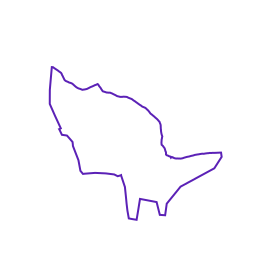 Ravine Chabot, Castries, Saint Lucia (Albers equal-area conic projection), rotated 146°
{"feature_id": "8701671B75024298551322", "entity_name": "Ravine Chabot", "entity_type": "district", "adm_level": 2, "iso_a3": "LCA", "parent_name": "Saint Lucia", "parent_adm1": "Castries", "projection": "albers", "projection_center": [-60.977, 14.0], "detail": "fine", "context": "isolated", "style": "outline", "palette": "violet", "viewbox_px": 256, "rotation_deg": 146, "n_neighbors": 0, "source": "geoboundaries", "source_scale": "gbopen_adm2", "svg_char_len": 3262}
<svg xmlns="http://www.w3.org/2000/svg" viewBox="0 0 256 256"><g transform="rotate(146 128 128)"><path d="M185.7,165.5L185.7,165.3L186.6,159.3L183.6,156.6L182.8,155.8L182.2,151.0L181.8,147.4L182.9,145.3L183.7,143.9L187.1,129.0L191.4,119.1L191.0,115.1L189.4,114.3L180.4,109.2L174.9,105.1L171.7,102.7L165.4,97.2L163.5,93.8L160.7,92.9L160.1,92.8L160.3,92.4L163.3,81.7L163.5,80.9L168.3,71.9L171.4,66.2L174.6,60.0L177.9,52.6L175.4,50.1L172.2,47.1L166.6,53.0L157.7,62.5L145.7,50.6L150.2,38.2L146.0,34.9L138.2,43.6L117.2,50.0L79.0,46.3L66.5,51.7L64.6,55.6L64.9,55.8L65.4,56.1L67.1,57.1L67.9,57.6L69.0,58.3L69.9,58.8L71.9,60.2L73.1,60.8L74.1,61.6L75.5,62.2L76.3,62.7L78.1,63.6L79.7,64.3L80.7,65.1L81.7,65.6L82.8,66.1L84.2,66.7L85.2,67.2L86.3,67.7L87.6,68.3L88.7,68.6L89.7,68.9L90.8,69.4L92.0,69.8L93.3,70.2L94.4,70.7L95.6,71.2L96.6,71.5L98.1,72.0L99.4,72.3L100.2,72.6L101.3,73.1L102.3,73.8L103.3,74.5L104.2,75.2L105.2,75.8L106.3,76.9L107.0,78.0L107.5,78.7L108.2,79.6L109.0,80.8L109.8,81.7L110.3,82.7L111.2,83.9L111.3,84.8L110.4,86.1L110.0,87.0L109.9,87.9L109.5,89.0L109.0,90.6L109.0,91.6L109.1,92.8L109.1,93.7L109.5,95.3L108.9,96.4L108.3,97.4L107.4,98.5L106.6,99.6L105.7,100.4L105.1,101.1L104.3,101.8L103.8,103.6L103.4,104.7L103.0,105.6L102.2,107.3L101.8,107.8L101.3,108.9L100.7,109.9L100.1,110.8L100.0,111.1L99.3,112.1L99.1,112.8L98.9,113.4L98.8,114.1L98.5,115.2L98.4,115.5L98.6,116.6L98.7,117.7L98.8,118.4L98.9,119.0L99.0,119.5L99.3,120.5L99.5,121.3L99.6,121.6L99.9,123.0L100.2,123.9L100.6,125.3L100.7,125.8L100.9,126.3L101.2,127.1L101.3,127.5L101.3,128.5L101.3,128.8L101.4,130.2L101.5,131.3L101.8,132.5L101.9,132.8L102.0,133.6L102.4,135.1L102.6,135.3L103.0,136.0L103.7,137.0L104.3,138.0L104.7,139.4L104.8,139.7L105.1,140.2L105.6,141.5L106.0,142.6L106.5,144.0L106.9,145.0L107.2,145.9L107.3,146.3L107.7,147.1L108.0,147.8L108.2,148.4L108.4,149.1L108.6,149.7L108.9,150.1L109.2,150.7L109.9,151.6L110.9,153.1L111.3,154.0L111.9,154.7L112.8,155.4L113.2,155.7L114.1,156.4L114.8,156.8L115.1,156.9L116.1,157.5L117.0,158.1L117.2,158.3L117.7,158.9L118.9,160.2L119.1,160.4L119.5,161.1L119.7,161.6L120.0,162.2L120.7,163.4L121.0,163.9L121.3,164.4L121.6,165.0L121.8,165.4L122.5,166.4L122.9,167.0L123.1,167.3L123.5,167.6L124.3,168.1L125.0,168.7L125.9,169.4L126.9,170.7L127.5,171.5L127.8,171.8L128.4,172.6L128.4,173.1L128.4,173.5L128.4,175.3L128.3,176.6L128.4,177.7L128.5,178.9L128.4,180.4L128.6,181.4L129.6,181.6L130.2,181.7L130.5,181.7L131.7,182.1L132.3,182.1L132.8,182.2L134.2,182.4L135.4,182.7L136.5,182.9L137.5,183.0L139.1,183.2L140.0,183.3L140.6,183.5L141.2,183.7L142.4,184.2L142.8,184.4L143.4,184.7L144.5,185.2L145.2,186.3L145.9,187.3L146.5,188.0L146.9,188.5L147.2,189.0L147.4,189.4L147.9,190.4L148.3,191.6L148.7,193.1L148.9,194.0L149.1,194.7L149.2,195.3L149.6,196.3L150.4,197.5L151.3,198.5L151.5,198.8L151.8,199.5L152.4,200.4L153.2,201.6L153.6,202.7L153.7,203.3L153.7,203.7L153.5,204.8L153.3,206.4L153.2,207.0L153.1,207.5L153.0,208.9L152.9,209.4L152.7,210.0L152.7,210.4L152.7,211.2L153.1,212.3L153.2,212.6L153.5,213.3L154.0,214.9L154.8,216.8L155.7,219.0L156.2,220.4L157.1,221.1L166.5,209.5L171.5,203.3L175.4,197.6L179.4,191.7L181.7,178.9L183.9,165.3L185.3,165.4L185.7,165.5ZM108.2,79.6L109.0,79.4L108.9,80.2L108.2,79.6Z" fill="none" stroke="#5b21b6" stroke-width="2"/></g></svg>